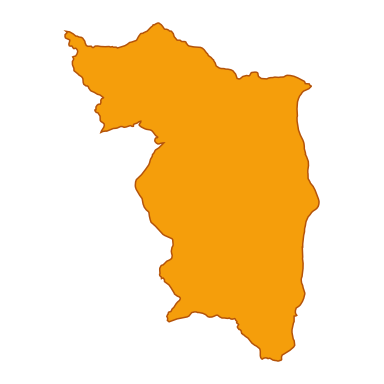 outline of Marmato, Caldas, Colombia
{"feature_id": "7082276B17776075078711", "entity_name": "Marmato", "entity_type": "district", "adm_level": 2, "iso_a3": "COL", "parent_name": "Colombia", "parent_adm1": "Caldas", "projection": "mercator", "projection_center": [-75.61, 5.489], "detail": "fine", "context": "isolated", "style": "filled", "palette": "amber", "viewbox_px": 384, "rotation_deg": 0, "n_neighbors": 0, "source": "geoboundaries", "source_scale": "gbopen_adm2", "svg_char_len": 5853}
<svg xmlns="http://www.w3.org/2000/svg" viewBox="0 0 384 384"><path d="M294.1,316.1L295.9,315.9L296.8,315.3L295.8,314.0L295.4,312.6L295.4,310.7L296.2,308.0L298.8,306.3L300.3,304.9L302.4,301.5L303.7,298.4L304.8,294.0L304.8,293.0L303.1,287.7L302.6,285.3L301.6,283.0L301.2,279.8L301.5,277.8L302.0,276.7L303.0,268.5L303.1,263.3L302.5,258.6L302.7,257.1L302.3,247.1L302.7,247.1L302.7,244.0L303.7,235.2L304.5,231.8L304.6,228.7L305.4,225.5L305.8,222.8L306.1,221.4L308.1,216.9L310.1,214.6L311.6,212.4L313.4,210.8L315.3,209.6L316.8,208.4L318.2,206.4L318.7,204.8L319.0,203.0L319.0,201.3L318.4,198.9L315.1,190.2L313.1,186.4L310.4,183.1L309.8,181.6L308.1,178.6L308.0,173.7L307.8,172.8L307.8,170.2L308.5,165.6L308.3,161.4L306.5,156.5L305.8,155.3L305.6,154.2L305.4,154.2L305.5,153.2L304.3,148.7L304.3,146.6L304.0,143.8L303.6,142.1L302.8,140.0L300.3,135.0L298.5,130.0L297.1,121.2L297.0,117.5L297.4,115.9L297.0,108.8L297.2,106.0L297.5,101.8L298.6,98.3L299.7,95.9L301.4,93.8L302.1,92.5L303.6,91.1L308.9,88.7L311.2,86.4L311.1,85.9L310.0,85.4L309.2,83.9L305.3,83.6L304.9,82.3L304.3,81.3L297.8,77.9L294.0,76.3L290.3,75.5L287.1,75.3L285.9,75.7L283.6,77.0L280.6,77.1L278.6,77.4L274.9,77.1L272.5,77.6L270.8,77.6L268.7,78.0L266.8,78.9L261.3,78.5L258.5,76.5L257.9,74.0L257.9,73.3L257.5,72.8L256.7,72.3L255.0,72.1L251.7,72.5L251.0,73.0L249.8,75.3L249.0,75.9L246.6,75.5L242.8,76.5L240.1,78.7L239.0,79.0L237.1,78.4L235.6,74.1L232.9,70.8L230.9,69.8L228.0,69.2L225.7,69.1L224.0,68.6L221.2,68.5L220.3,68.3L219.3,68.0L216.5,66.2L216.1,65.8L215.2,63.0L213.7,60.7L213.6,60.0L212.7,59.3L211.1,57.5L208.4,55.6L207.5,53.8L206.4,52.8L204.2,49.8L202.4,48.2L200.5,47.4L193.7,46.9L189.0,46.0L187.8,45.2L187.1,44.1L186.2,43.2L186.1,42.3L185.0,41.6L181.7,41.5L180.0,40.2L177.2,40.2L174.2,36.7L173.3,33.7L171.8,31.7L171.1,31.1L169.7,31.1L168.4,30.0L166.8,29.3L164.7,29.2L164.3,28.9L162.7,26.5L161.3,24.8L158.8,23.0L157.5,23.1L155.4,24.1L154.5,24.8L153.2,24.8L152.5,26.0L150.8,27.3L147.2,31.1L143.5,32.8L142.9,33.3L141.0,33.5L140.4,34.0L138.7,36.3L136.7,40.0L136.1,40.5L131.5,42.1L129.6,42.5L127.3,44.3L124.9,45.7L117.5,48.0L116.3,47.2L114.9,47.1L113.9,47.3L113.4,47.2L112.4,46.6L110.6,47.0L109.1,46.5L105.2,46.7L100.7,46.5L97.7,46.0L95.2,46.1L93.5,47.4L93.0,47.6L92.3,47.3L91.2,46.2L87.7,46.3L86.4,45.5L86.1,45.1L85.1,42.8L84.8,41.2L82.7,38.2L81.5,37.4L78.8,37.0L77.4,36.2L75.8,36.1L73.2,33.9L69.7,31.9L66.0,31.3L66.7,31.9L67.0,32.8L65.1,34.6L65.0,36.5L65.4,37.8L65.9,38.2L69.7,39.9L69.8,40.4L69.7,41.1L68.9,43.8L68.9,44.7L69.3,45.8L70.2,46.1L71.7,46.0L72.1,46.3L72.9,47.7L73.7,48.6L74.3,48.6L75.5,48.2L76.1,48.5L77.2,49.8L77.7,51.2L77.5,52.4L77.0,53.9L75.8,55.8L75.3,56.2L74.3,56.3L72.7,56.9L73.7,58.9L73.4,59.8L72.4,61.5L72.4,64.2L72.6,65.2L73.9,68.3L74.0,70.7L77.9,73.9L78.9,75.0L81.0,76.3L82.2,77.4L82.9,78.8L83.2,82.5L83.8,84.3L86.0,85.9L87.5,86.0L88.2,86.6L88.9,88.3L90.5,90.5L91.2,91.0L94.2,92.3L97.5,94.3L99.9,94.9L103.4,97.5L103.5,97.7L103.2,98.0L101.7,98.7L101.1,99.6L100.8,100.4L100.9,102.5L100.3,104.1L98.3,104.3L97.1,105.2L96.0,106.9L95.9,109.8L94.9,110.0L95.0,110.8L96.2,112.4L97.9,112.8L100.1,116.2L100.2,120.2L100.5,120.8L101.0,121.5L103.1,122.9L104.1,123.8L104.3,125.3L104.1,126.2L103.8,127.2L101.4,131.0L100.9,132.4L102.8,131.5L105.3,131.1L106.9,131.1L113.3,128.5L115.7,128.3L117.3,128.0L120.2,126.7L120.9,126.5L122.4,126.6L124.1,127.3L126.1,127.0L129.9,125.7L130.8,125.7L132.1,126.4L133.4,126.3L133.6,124.5L134.3,124.0L137.1,123.1L139.0,121.7L140.8,121.2L140.8,122.0L139.6,123.8L139.1,124.9L139.7,125.7L141.3,127.0L144.7,128.7L146.4,129.3L150.2,129.9L151.7,130.6L153.1,132.1L155.7,135.6L157.6,136.9L157.7,137.3L157.3,137.7L155.9,137.9L155.2,138.7L154.8,140.3L155.0,141.5L156.3,143.0L157.8,143.9L159.1,143.9L160.7,143.3L163.1,142.9L163.8,142.9L158.8,147.9L155.5,150.0L154.9,150.9L154.2,152.5L153.4,153.6L152.6,154.4L152.4,154.9L152.3,156.2L150.5,159.3L149.6,162.7L148.8,164.8L145.5,169.5L141.5,174.7L136.4,179.6L135.6,181.8L135.3,185.2L135.4,186.9L136.2,189.3L139.7,195.3L142.1,198.6L143.1,204.0L144.3,207.2L146.3,209.9L148.3,211.6L148.9,212.4L149.4,216.2L150.2,219.7L151.1,222.3L155.5,226.2L163.0,234.4L164.8,235.5L170.7,238.1L172.2,238.9L172.7,239.7L173.1,244.5L173.0,245.6L172.0,247.4L171.3,251.2L171.7,253.7L172.2,255.2L172.0,257.1L171.6,258.5L169.7,259.9L166.8,261.2L163.2,264.8L161.4,265.4L161.0,265.8L159.8,268.2L159.7,269.6L160.0,273.7L159.6,274.2L159.7,275.2L159.9,275.8L161.2,276.9L161.4,278.2L161.6,277.9L162.3,278.2L163.1,278.0L164.1,279.2L164.4,279.5L164.5,281.6L169.0,284.9L171.0,287.8L174.1,292.9L174.5,294.0L177.3,296.1L179.3,296.9L180.0,297.6L180.3,298.3L180.2,299.0L179.5,300.4L177.8,301.8L176.2,303.6L173.9,307.3L172.1,309.0L171.3,310.8L170.8,311.5L168.6,312.2L168.2,313.2L168.1,314.2L167.5,314.8L166.8,316.5L167.4,317.5L167.7,318.6L167.4,320.5L169.1,321.8L177.1,318.9L187.2,316.9L189.0,316.0L191.7,312.6L194.5,311.9L196.1,311.9L197.6,312.5L199.0,312.5L202.8,313.3L205.6,314.6L207.8,316.6L209.3,317.1L211.9,317.0L213.9,316.3L216.3,315.2L217.6,315.2L219.8,316.9L222.0,318.0L224.6,318.0L227.3,318.4L228.1,318.4L229.2,318.0L230.7,318.9L231.5,319.1L232.8,319.1L234.6,318.6L235.3,319.1L235.6,320.0L236.9,321.5L236.9,322.1L236.6,322.7L236.8,323.0L238.5,324.3L238.6,324.6L237.4,326.6L237.5,327.5L238.1,328.3L238.9,329.0L238.9,329.4L240.4,329.9L241.0,330.6L241.7,333.5L242.6,333.9L242.9,334.5L243.8,334.9L245.3,336.3L248.0,338.1L251.9,343.1L254.7,345.2L256.5,346.1L259.6,348.6L260.0,349.5L260.3,351.2L260.3,355.8L260.7,357.5L261.4,358.6L261.9,359.0L262.4,359.1L263.3,358.4L264.4,358.0L265.9,357.8L267.2,358.1L267.3,358.4L268.1,358.6L269.8,358.2L273.2,360.2L274.1,360.2L275.1,360.6L276.0,360.5L277.5,361.0L278.8,361.0L279.9,360.4L280.8,360.4L281.6,359.6L281.5,356.8L282.3,354.9L283.5,354.3L289.9,350.3L293.6,347.1L294.7,345.3L294.2,340.8L293.2,338.9L292.0,332.6L292.0,329.8L293.4,323.2L294.1,321.6L294.1,316.1Z" fill="#f59e0b" stroke="#b45309" stroke-width="1.5"/></svg>